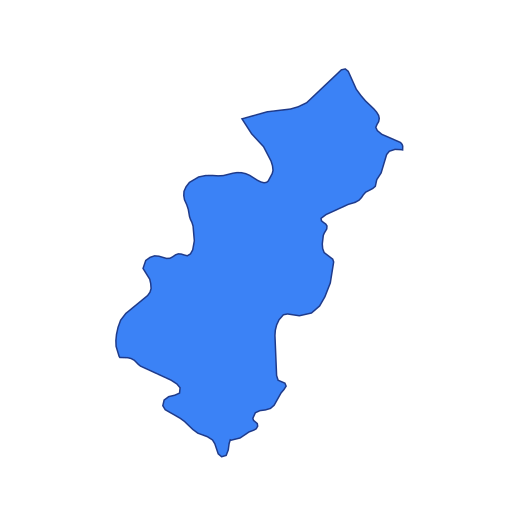 the Province of Cao Bằng, rotated 104°
{"feature_id": "VNM-511", "entity_name": "Cao Bằng", "entity_type": "Province", "adm_level": 1, "iso_a3": "VNM", "parent_name": "Vietnam", "parent_adm1": "", "projection": "natural_earth1", "projection_center": [106.073, 22.737], "detail": "fine", "context": "isolated", "style": "filled", "palette": "blue", "viewbox_px": 512, "rotation_deg": 104, "n_neighbors": 0, "source": "natural_earth", "source_scale": "10m", "svg_char_len": 2258}
<svg xmlns="http://www.w3.org/2000/svg" viewBox="0 0 512 512"><g transform="rotate(104 256 256)"><path d="M117.6,139.4L117.7,140.9L118.9,146.9L122.1,152.0L126.0,153.8L145.1,154.7L152.7,157.3L159.5,157.1L162.3,159.1L167.5,165.0L170.7,166.7L173.8,167.8L176.9,169.5L179.9,172.7L179.9,172.8L180.0,172.8L183.6,179.0L198.8,198.0L203.7,202.0L206.0,201.0L207.1,198.7L208.1,196.1L209.7,194.4L212.6,193.9L217.2,195.3L219.7,195.7L228.3,194.6L232.7,193.1L236.2,190.7L240.5,180.8L243.0,179.2L264.2,177.4L278.9,179.3L289.1,182.2L297.9,188.4L303.5,199.5L304.6,211.4L306.4,215.2L312.2,218.2L317.9,219.3L323.3,219.3L328.5,218.4L367.0,207.1L371.2,204.5L372.4,197.2L375.0,195.3L378.6,196.5L382.9,198.6L396.4,202.3L400.4,205.1L403.1,209.7L405.1,214.8L408.2,218.7L414.2,219.8L416.1,218.6L418.3,214.2L420.7,213.2L423.6,214.0L425.5,216.0L428.4,220.2L436.4,227.4L440.8,235.7L440.6,236.5L444.6,236.7L450.9,236.0L456.7,236.7L459.1,240.8L457.1,244.8L448.2,250.5L445.0,253.7L443.1,259.4L442.0,269.5L439.6,275.3L433.8,285.4L431.8,290.3L427.1,306.9L423.8,310.2L418.0,310.3L413.6,306.7L410.7,301.1L407.5,297.0L402.2,297.8L399.3,301.8L397.0,308.5L390.8,341.4L389.6,344.0L386.6,348.9L385.7,352.4L385.7,355.8L387.4,363.6L386.4,364.6L377.5,369.9L371.9,371.5L365.8,372.4L358.5,372.6L351.0,371.8L343.2,368.4L320.6,351.6L316.8,350.1L313.0,349.9L308.2,351.5L304.2,353.5L295.4,362.6L287.0,361.9L282.9,358.4L280.4,354.5L279.7,350.2L280.0,342.2L279.0,338.9L276.9,336.6L274.3,334.3L272.7,331.9L272.2,329.0L272.4,325.9L272.4,322.7L269.8,320.1L265.4,318.9L256.2,319.5L242.2,324.3L238.9,326.3L236.4,328.4L233.9,330.0L227.1,333.0L223.0,335.6L218.7,339.0L214.8,340.7L210.7,341.5L205.7,340.6L200.7,338.4L193.2,330.8L190.1,324.3L188.4,317.7L187.4,312.1L185.9,307.2L181.3,298.5L179.7,294.7L178.7,290.3L178.6,285.9L179.3,281.6L182.2,272.9L183.0,269.1L183.0,265.9L182.0,263.6L180.4,262.3L172.1,260.2L168.8,260.2L164.5,261.8L160.2,264.4L148.1,275.1L138.5,289.8L126.3,302.8L113.3,279.9L105.1,258.2L101.1,251.3L95.0,243.9L54.7,218.2L52.9,214.6L54.5,211.2L70.0,199.0L74.9,193.1L79.1,187.2L84.8,177.2L87.3,173.7L90.0,171.0L92.7,169.7L95.9,169.5L99.0,170.4L102.2,170.9L105.0,168.6L107.5,163.4L110.9,143.3L111.8,141.9L112.8,140.9L114.0,140.2L117.6,139.4Z" fill="#3b82f6" stroke="#1e3a8a" stroke-width="1.5"/></g></svg>